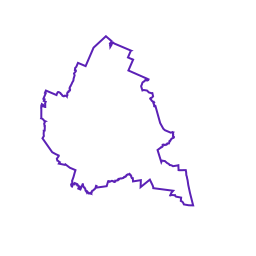 Aldama, Chihuahua, Mexico, rotated 23°
{"feature_id": "50627088B67043530022751", "entity_name": "Aldama", "entity_type": "district", "adm_level": 2, "iso_a3": "MEX", "parent_name": "Mexico", "parent_adm1": "Chihuahua", "projection": "robinson", "projection_center": [-105.535, 29.114], "detail": "fine", "context": "isolated", "style": "outline", "palette": "violet", "viewbox_px": 256, "rotation_deg": 23, "n_neighbors": 0, "source": "geoboundaries", "source_scale": "gbopen_adm2", "svg_char_len": 5620}
<svg xmlns="http://www.w3.org/2000/svg" viewBox="0 0 256 256"><g transform="rotate(23 128 128)"><path d="M200.1,148.6L198.8,146.0L197.6,144.2L191.8,146.8L191.0,147.0L188.9,142.6L187.8,143.4L184.3,145.6L183.2,145.4L181.7,145.5L180.9,145.8L179.5,145.1L177.8,145.0L174.7,144.0L174.0,144.3L172.0,144.7L172.0,146.4L163.8,136.7L165.8,133.3L166.1,133.0L166.0,132.8L166.8,132.1L167.0,131.7L167.1,131.3L167.0,131.0L166.9,130.4L166.5,130.3L166.4,130.2L166.7,129.6L167.0,129.4L168.0,129.2L168.4,129.4L168.7,129.3L169.1,128.8L169.5,128.2L169.8,128.1L170.0,128.2L170.2,127.9L170.1,127.6L170.1,127.0L170.2,126.9L170.4,126.7L170.9,126.7L171.3,126.4L171.7,126.2L171.6,124.5L171.5,124.2L171.3,124.1L171.3,123.7L171.8,123.5L171.8,123.3L172.0,123.0L172.0,122.5L172.0,122.2L171.9,121.9L172.3,121.3L172.3,120.8L172.8,120.1L173.8,119.2L173.9,118.5L173.6,118.1L172.7,118.1L172.5,117.9L172.1,116.2L171.8,116.1L171.5,115.1L171.2,115.0L171.1,114.8L171.2,114.5L170.8,114.6L170.6,114.4L169.2,115.6L162.8,115.6L160.8,114.9L155.7,110.9L144.7,97.1L143.8,97.8L143.4,97.6L143.0,96.2L142.2,95.8L141.7,95.2L141.9,94.9L142.1,94.2L141.9,94.1L141.5,94.4L141.3,94.4L141.1,94.0L140.8,94.2L140.3,93.9L139.6,93.8L139.4,93.6L139.0,93.5L138.8,93.3L138.6,93.3L137.9,92.6L137.3,92.6L136.9,92.3L136.9,92.1L137.1,91.6L138.3,90.4L138.5,89.8L138.6,89.4L138.7,89.0L136.8,86.4L136.4,86.7L133.4,87.1L133.1,87.0L131.2,86.2L130.8,86.1L127.6,86.9L126.6,87.8L123.9,84.6L123.7,84.0L123.8,82.7L123.6,81.3L123.6,80.4L123.9,79.8L124.5,79.1L124.6,78.6L124.9,78.4L125.1,77.6L125.2,77.0L126.0,76.9L126.3,76.8L126.6,76.8L126.8,76.9L127.1,76.8L127.2,76.6L127.4,76.5L127.9,76.0L127.9,75.7L127.9,75.2L105.9,74.9L106.0,63.1L100.4,63.1L100.4,55.8L100.6,55.6L82.3,55.6L81.1,55.2L80.6,55.8L80.2,56.8L80.3,58.2L80.2,58.7L80.0,59.1L80.1,59.4L80.0,60.1L79.9,59.9L79.7,59.4L79.3,59.1L79.2,58.9L79.1,58.0L78.9,57.8L78.6,57.6L78.4,57.5L78.5,56.8L78.8,56.1L79.1,54.9L79.1,54.5L71.8,52.2L64.9,67.5L64.9,69.3L64.8,87.6L56.5,87.6L56.5,91.9L55.9,93.4L56.5,95.5L57.5,95.4L57.8,96.1L57.0,98.9L58.3,100.4L58.6,103.6L59.2,105.8L58.9,107.9L58.9,109.7L58.7,111.6L58.8,112.0L58.6,112.4L58.6,114.1L58.7,114.3L58.8,114.5L59.3,114.8L59.3,115.1L59.6,115.2L59.7,115.4L60.3,115.7L60.5,115.6L60.3,115.8L60.0,115.8L59.4,116.5L59.2,117.4L59.0,117.5L59.2,118.1L58.8,118.6L58.5,118.7L58.4,118.9L58.5,119.5L58.6,120.3L59.0,120.7L59.0,121.0L59.4,121.5L59.2,122.1L59.3,122.3L59.2,122.5L59.3,122.8L59.1,122.7L58.3,122.8L57.7,122.7L57.0,123.0L56.9,123.2L56.9,123.5L56.6,123.9L56.1,123.9L55.6,124.0L55.0,123.7L54.8,123.8L54.1,123.2L53.3,122.9L53.0,122.9L52.1,122.2L50.2,122.0L49.5,122.3L49.3,122.7L49.2,124.5L49.3,125.6L37.8,125.6L37.8,128.1L38.7,128.1L38.7,134.2L40.0,134.2L39.9,136.0L42.0,136.0L42.1,138.0L42.3,138.0L43.6,141.0L43.3,141.1L43.0,141.0L41.5,140.6L41.0,140.3L40.8,140.0L40.5,139.8L39.6,139.7L39.9,140.3L40.7,141.1L40.8,141.4L39.5,141.4L40.3,143.6L40.8,144.4L44.3,152.7L44.3,152.9L44.6,152.8L45.2,153.0L46.7,153.3L47.7,153.9L48.1,154.1L49.3,154.1L49.1,154.3L48.9,155.1L49.2,155.5L49.2,156.3L49.1,156.6L49.5,157.4L49.9,157.8L50.4,158.8L50.7,158.7L52.3,162.9L51.5,163.4L51.8,163.9L52.6,166.3L53.7,168.3L53.3,170.9L67.7,179.9L71.7,180.3L75.0,180.4L75.2,181.0L74.5,184.1L75.7,185.6L76.2,185.5L78.4,186.2L78.6,186.2L78.3,187.8L84.3,186.6L84.5,185.9L90.0,187.3L96.1,187.3L96.3,188.8L96.3,189.3L97.0,194.6L97.2,198.7L97.8,199.3L98.2,199.9L98.1,200.5L97.8,201.0L97.8,202.1L98.3,202.1L98.3,202.8L98.8,202.8L98.9,203.7L99.2,203.8L99.4,203.8L99.4,200.7L100.6,200.7L100.6,199.5L103.0,199.5L103.0,200.2L104.2,200.2L104.2,200.7L105.9,200.7L105.9,202.2L106.5,202.2L106.5,201.2L107.0,201.1L107.0,201.7L107.6,201.7L107.6,202.2L107.0,202.2L107.0,202.7L105.9,202.7L105.9,203.2L108.2,203.2L108.2,196.7L108.5,197.3L108.6,197.8L109.0,198.3L109.1,198.5L110.7,200.0L110.8,200.0L111.0,199.8L111.3,199.8L112.6,201.1L112.8,201.1L113.2,202.0L113.7,202.1L113.8,202.4L114.0,202.4L114.5,202.8L114.4,202.5L114.4,202.3L114.8,202.1L115.0,202.2L115.6,202.6L116.0,202.7L116.7,203.0L116.9,203.5L117.1,203.5L117.3,203.2L117.6,203.3L117.8,203.5L118.1,203.3L118.2,203.2L118.9,203.1L118.5,202.9L118.6,202.5L118.9,202.4L119.2,201.9L119.8,202.0L119.9,201.9L119.9,201.7L119.6,201.4L119.5,200.9L119.5,200.5L119.6,199.7L119.8,199.5L120.2,199.2L120.5,198.9L120.7,198.0L121.4,196.8L121.6,196.0L121.3,195.3L121.4,194.5L121.2,193.9L121.2,193.7L121.7,193.7L121.9,195.4L131.1,189.9L130.5,184.7L130.8,184.5L131.0,184.6L131.4,184.7L131.5,184.5L131.9,184.6L132.0,184.3L132.4,184.3L132.8,184.1L133.4,183.2L133.9,182.9L134.9,182.7L135.1,182.8L135.3,183.0L135.8,183.1L136.3,182.9L136.6,183.0L137.0,182.7L137.2,182.4L137.0,182.0L136.8,181.9L136.8,181.6L137.0,181.6L137.8,180.9L138.7,180.4L138.6,180.2L138.8,179.7L139.0,178.9L139.5,179.1L139.7,178.3L139.8,178.2L140.0,178.3L140.1,178.0L140.6,177.6L140.7,177.4L141.3,177.1L141.8,177.0L142.5,176.3L142.9,176.1L143.1,175.8L143.3,175.7L143.4,175.2L143.6,175.0L143.5,174.9L143.6,174.5L144.0,174.3L144.4,173.7L144.6,173.9L144.8,173.8L145.0,173.2L145.1,172.3L145.2,172.2L145.1,171.9L145.4,171.6L145.4,171.4L145.9,171.0L146.0,170.7L146.7,170.5L147.3,169.6L147.5,169.7L147.4,169.9L147.7,170.4L148.9,170.3L149.4,170.8L149.7,170.9L150.0,171.4L150.0,171.6L151.1,172.6L152.0,172.3L153.5,175.2L160.2,171.0L162.7,177.5L168.3,167.0L173.3,171.4L173.5,171.7L173.9,172.1L174.6,173.0L174.8,173.5L194.1,168.1L193.2,170.8L193.2,173.5L193.6,173.4L193.9,172.9L194.1,172.7L196.2,172.0L196.5,171.9L197.3,171.5L197.4,171.8L199.1,172.4L204.1,171.3L205.1,174.5L206.7,174.6L207.9,175.2L209.3,176.5L214.1,175.4L218.2,173.8L210.6,163.8L205.8,157.0L203.2,152.7L202.5,151.8L201.0,149.6L200.1,148.6Z" fill="none" stroke="#5b21b6" stroke-width="2"/></g></svg>